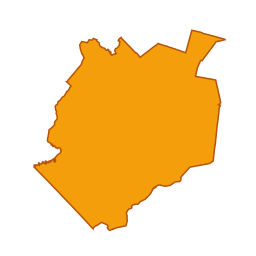 the district of Mālupes pag., Aluksne, Latvia, rotated 6°
{"feature_id": "27541924B23418807061987", "entity_name": "Mālupes pag.", "entity_type": "district", "adm_level": 2, "iso_a3": "LVA", "parent_name": "Latvia", "parent_adm1": "Aluksne", "projection": "albers", "projection_center": [27.242, 57.317], "detail": "fine", "context": "isolated", "style": "filled", "palette": "amber", "viewbox_px": 256, "rotation_deg": 6, "n_neighbors": 0, "source": "geoboundaries", "source_scale": "gbopen_adm2", "svg_char_len": 5360}
<svg xmlns="http://www.w3.org/2000/svg" viewBox="0 0 256 256"><g transform="rotate(6 128 128)"><path d="M181.3,24.1L180.1,31.4L177.5,47.1L163.0,43.7L161.1,43.4L158.4,42.7L154.9,42.1L150.2,41.1L149.2,40.7L147.1,42.9L145.4,44.3L142.3,47.2L141.8,47.8L141.3,48.2L134.9,54.3L132.7,56.4L128.8,52.5L128.0,52.7L120.7,46.5L111.7,39.1L111.6,38.7L110.3,39.9L109.7,40.7L109.1,42.1L109.2,42.4L109.3,42.5L109.9,42.5L110.4,42.7L110.8,42.9L110.9,43.1L110.9,43.4L110.6,44.6L110.8,45.7L110.9,46.4L110.7,46.8L110.2,47.4L109.2,49.2L108.8,49.7L108.0,50.0L107.6,50.2L107.3,50.5L107.2,50.8L106.9,51.8L106.7,52.2L106.7,52.4L106.7,52.6L108.1,54.8L108.3,55.2L108.2,55.3L108.1,55.6L107.8,55.7L106.7,55.8L106.1,56.0L105.0,56.7L104.5,57.2L104.3,57.0L103.9,57.1L103.7,56.8L103.5,56.7L103.3,56.4L103.3,56.0L103.1,55.8L102.5,55.9L102.4,55.8L102.4,55.2L102.3,54.8L102.4,54.7L102.5,54.8L103.0,54.8L103.1,54.6L103.1,54.4L102.8,54.2L102.6,54.2L102.4,54.2L102.1,54.5L101.9,54.5L101.8,54.4L101.9,53.8L101.9,53.6L101.7,53.6L101.7,53.9L101.5,54.0L101.0,53.7L100.8,53.3L100.6,52.9L100.7,52.5L100.2,52.0L99.9,52.0L99.8,52.3L99.7,52.4L99.4,52.3L99.3,52.7L99.1,52.8L98.4,53.0L98.1,52.9L97.4,52.4L96.9,51.6L96.3,51.1L95.0,51.0L94.2,50.6L93.6,50.5L93.0,50.0L91.9,49.7L91.3,49.1L91.1,48.7L90.9,48.1L90.6,46.7L90.4,46.3L89.5,45.7L88.0,44.9L87.8,44.3L87.9,43.6L84.2,42.5L83.4,43.9L83.0,44.3L82.2,44.4L80.1,44.3L78.7,47.4L76.3,47.1L73.0,46.9L71.4,50.0L71.4,50.3L71.4,51.1L71.8,51.9L72.0,53.2L72.6,54.9L74.1,58.3L74.4,59.0L75.7,60.4L76.5,62.3L77.1,62.8L75.7,65.8L74.8,70.0L72.1,73.7L72.2,73.8L69.7,77.4L68.3,79.7L68.2,79.6L62.5,88.1L62.5,88.4L62.1,88.5L64.7,90.3L67.0,92.3L66.8,92.5L65.8,94.0L65.5,95.3L65.0,96.1L64.8,96.7L64.3,97.4L63.3,98.2L63.0,98.7L62.9,99.5L62.4,100.1L61.7,102.0L61.1,103.0L59.5,104.2L57.5,107.6L56.0,108.8L55.8,109.0L55.3,111.7L55.1,112.1L53.6,113.1L53.4,114.7L53.4,114.8L54.0,116.4L54.2,117.6L54.6,118.1L55.2,119.1L55.2,119.4L55.0,120.9L56.2,123.3L56.3,124.3L56.7,125.6L56.7,125.9L56.3,126.8L54.9,128.8L54.4,129.9L54.3,130.3L54.5,130.6L54.6,132.5L52.3,135.5L49.6,138.2L49.7,140.1L49.6,142.5L49.2,147.1L49.2,148.8L49.4,149.5L49.5,149.7L49.5,149.8L52.9,151.5L53.3,152.6L54.1,152.3L54.1,152.5L54.2,153.1L54.4,153.2L54.8,153.2L55.0,153.0L55.6,153.1L55.4,153.6L55.0,153.7L55.1,154.0L55.3,154.2L55.5,154.2L55.9,154.1L56.2,153.9L56.5,153.6L56.9,153.8L56.9,154.1L57.1,154.3L58.3,154.6L58.4,154.8L58.2,155.0L58.3,155.2L59.0,155.3L59.3,155.2L60.2,155.8L60.7,155.2L61.3,154.8L61.9,154.9L62.5,155.2L63.4,156.2L63.4,156.4L63.1,156.8L63.4,157.1L63.7,157.1L63.9,157.5L64.0,157.8L63.9,158.1L63.8,158.3L63.4,158.9L63.5,159.3L63.5,159.7L61.4,161.5L60.5,162.5L59.2,164.3L59.0,164.8L58.8,165.1L58.4,165.4L58.3,165.6L58.3,165.9L58.5,166.3L58.9,166.8L59.4,167.8L59.4,168.2L59.2,168.9L59.0,169.3L58.6,169.5L58.5,169.4L58.1,169.2L57.8,168.9L57.6,168.7L58.0,168.2L57.8,167.7L57.7,167.4L57.7,166.6L57.5,166.4L57.3,166.4L56.6,166.9L55.8,167.8L55.4,168.1L55.2,168.3L54.8,168.2L54.5,168.5L54.5,168.8L54.5,169.0L54.8,169.3L54.8,169.5L54.7,169.7L54.3,169.5L54.2,169.4L53.8,169.0L53.5,168.9L53.2,169.0L52.8,169.4L52.6,169.6L52.6,169.8L52.8,170.4L52.9,170.6L52.7,170.9L52.2,170.8L51.4,170.4L51.1,170.1L50.7,170.1L50.2,169.9L50.1,169.7L49.8,169.6L49.6,169.5L49.2,169.8L49.1,170.2L49.5,170.4L49.6,170.5L49.7,171.0L49.6,171.3L49.8,171.7L50.0,171.9L50.4,171.7L50.6,171.7L50.6,172.0L50.2,172.3L49.5,172.0L49.0,171.9L48.4,172.0L48.0,171.6L47.1,170.5L47.0,170.4L46.6,170.7L46.5,170.9L46.6,171.7L46.5,172.0L46.4,172.1L46.0,172.2L45.6,172.2L45.6,172.5L45.5,172.8L45.3,173.0L44.6,173.1L44.4,173.0L44.0,173.0L43.7,172.8L43.4,172.2L43.2,172.0L42.9,172.0L42.7,172.3L42.8,172.5L42.7,172.8L42.9,173.5L43.7,174.1L43.8,174.3L43.7,174.5L43.0,173.9L42.8,173.9L42.6,173.9L42.0,174.3L41.7,174.4L40.5,174.3L38.9,174.6L38.6,174.8L38.7,175.1L38.9,175.2L39.7,175.2L39.8,175.4L39.9,175.7L39.5,176.0L38.6,176.3L38.5,176.5L38.8,176.7L56.7,191.5L60.4,194.7L66.1,199.4L69.9,202.8L77.7,209.3L98.0,226.8L102.0,230.4L103.7,231.8L103.8,231.9L103.9,231.3L104.0,231.0L105.7,229.0L107.5,228.0L111.4,224.7L111.7,224.7L117.3,226.4L118.5,227.8L118.6,228.1L117.8,229.1L117.8,229.3L119.3,231.2L120.4,231.7L120.7,231.7L123.1,230.2L123.3,230.3L123.6,230.5L124.9,229.4L127.7,228.2L131.6,227.0L136.1,225.5L136.2,225.2L137.0,220.4L136.8,219.8L136.4,217.2L136.3,215.4L135.2,212.8L136.3,209.9L137.5,208.4L139.2,207.8L139.9,207.3L140.1,206.9L139.7,205.4L141.0,203.8L142.5,203.5L142.7,203.3L143.8,202.8L145.8,202.8L146.1,202.5L147.9,199.9L152.5,197.1L157.2,191.1L159.1,186.5L158.9,186.3L159.0,186.2L159.4,185.7L159.6,185.2L160.0,185.4L160.3,185.2L160.2,184.9L160.3,184.8L160.5,184.8L160.5,184.3L160.9,184.0L161.2,184.0L161.4,184.3L161.5,184.2L161.5,183.9L161.8,184.0L161.9,183.7L161.9,183.2L163.0,182.3L164.8,181.4L171.4,182.0L174.4,181.1L176.2,180.5L180.5,176.7L184.6,175.9L185.4,175.4L185.8,174.9L186.0,174.0L185.8,171.8L185.9,171.3L186.1,170.8L193.4,160.8L193.9,160.4L212.7,154.8L216.1,152.1L216.2,141.2L216.5,133.6L216.4,116.2L216.6,111.7L216.7,102.6L216.6,98.5L217.5,95.7L215.5,95.4L217.5,93.3L217.5,93.0L217.5,92.8L215.8,87.7L213.5,80.9L213.2,79.8L211.5,75.1L210.2,71.1L189.7,69.6L190.8,60.6L190.9,60.4L191.0,59.8L193.0,53.9L194.0,52.9L194.7,53.2L200.3,43.7L200.3,43.8L201.7,41.4L201.8,41.3L202.4,40.3L206.0,34.1L206.5,33.0L210.6,31.7L215.3,30.0L214.8,29.6L201.1,27.3L192.7,26.1L191.1,25.3L181.3,24.1Z" fill="#f59e0b" stroke="#b45309" stroke-width="1.5"/></g></svg>